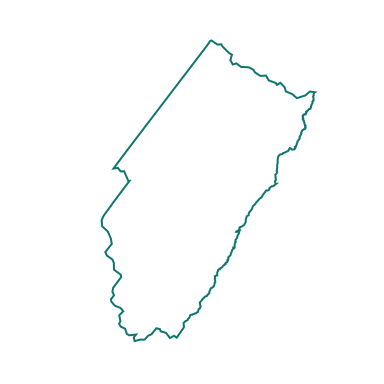 outline of Tehama, California, United States of America, rotated 127°
{"feature_id": "52423323B93817319778568", "entity_name": "Tehama", "entity_type": "district", "adm_level": 2, "iso_a3": "USA", "parent_name": "United States of America", "parent_adm1": "California", "projection": "orthographic", "projection_center": [-122.356, 40.125], "detail": "fine", "context": "isolated", "style": "outline", "palette": "teal", "viewbox_px": 384, "rotation_deg": 127, "n_neighbors": 0, "source": "geoboundaries", "source_scale": "gbopen_adm2", "svg_char_len": 5774}
<svg xmlns="http://www.w3.org/2000/svg" viewBox="0 0 384 384"><g transform="rotate(127 192 192)"><path d="M317.6,116.6L313.1,116.7L304.9,117.0L302.7,119.0L301.6,119.9L298.9,119.5L297.1,118.4L296.2,118.6L295.6,118.8L294.8,118.5L294.1,118.6L293.5,118.7L292.8,118.8L292.4,118.9L291.7,119.2L291.2,119.3L290.8,119.0L290.2,118.5L289.8,118.0L289.4,117.7L289.2,117.8L288.9,117.6L288.7,117.3L288.2,117.0L287.8,116.8L287.5,116.7L287.0,116.5L286.7,116.2L286.7,115.9L286.3,115.7L286.0,115.8L285.5,115.7L285.0,115.5L284.7,115.3L284.2,115.1L283.8,115.2L283.1,115.5L282.4,115.9L281.7,116.2L281.1,116.1L280.8,115.8L280.2,115.7L279.1,116.1L278.7,116.3L278.3,116.2L277.9,116.5L277.6,117.1L277.2,117.5L276.9,118.0L276.4,118.5L276.0,119.0L275.4,119.3L274.9,119.2L273.5,119.0L273.1,119.0L272.6,119.1L271.6,119.1L270.5,119.1L269.6,118.9L268.8,118.7L268.2,118.8L268.0,118.7L267.7,118.7L267.4,118.4L266.9,118.1L266.5,117.7L266.2,117.6L265.8,117.5L265.6,117.7L263.1,117.5L262.8,117.3L262.4,117.3L262.1,117.6L261.2,118.1L260.0,118.3L258.5,118.8L257.0,118.9L256.6,118.4L256.0,118.3L255.4,118.1L254.7,117.8L254.1,118.1L253.7,118.0L253.2,118.2L252.5,118.3L251.9,118.7L251.4,119.0L250.8,119.3L250.1,119.1L249.5,119.5L249.0,120.0L248.1,121.1L247.6,121.4L247.2,121.4L246.8,121.6L246.7,121.8L246.3,122.3L246.1,122.5L245.7,122.9L245.5,122.6L244.9,122.7L244.0,122.4L243.6,122.0L243.4,121.7L243.2,121.9L242.3,122.4L241.7,123.0L241.0,123.5L240.3,123.6L239.6,123.7L239.0,124.0L238.6,124.2L237.8,123.9L237.4,123.6L237.1,123.4L236.9,123.7L236.2,123.4L235.4,123.4L234.9,122.9L234.1,122.7L233.2,122.7L232.6,122.8L232.0,122.6L231.2,122.5L230.8,122.2L230.2,122.4L229.9,122.3L229.6,122.2L229.4,121.9L229.1,122.1L228.8,122.4L228.3,122.5L228.0,122.1L227.1,121.7L226.4,121.7L225.8,122.3L225.0,122.7L224.7,122.2L222.9,123.0L222.8,123.4L222.3,123.7L221.2,123.6L219.5,123.2L218.4,123.6L217.5,124.0L216.3,124.2L214.3,125.0L213.1,124.9L212.2,125.2L212.1,124.9L211.8,124.6L211.6,125.1L211.4,125.5L210.8,124.8L210.4,124.7L210.2,125.0L208.8,125.9L207.7,126.6L206.1,127.2L205.7,127.0L205.2,127.3L205.2,127.8L204.1,128.4L202.4,128.4L201.0,128.6L199.7,129.1L199.1,129.5L197.8,129.4L196.7,129.8L195.5,130.2L195.1,130.7L195.4,131.6L196.3,131.7L197.0,132.3L197.2,132.7L196.6,132.7L194.4,131.7L194.1,130.8L193.5,130.7L193.1,131.9L191.8,132.7L189.6,131.5L187.3,130.6L183.7,131.0L181.2,132.7L178.3,133.6L176.4,132.8L174.5,134.0L171.1,133.9L168.9,134.1L166.7,134.8L164.2,134.3L161.4,134.4L158.9,134.1L156.6,134.0L154.3,133.2L151.9,133.7L148.2,133.6L146.1,133.7L145.3,132.4L143.6,131.7L142.4,132.5L139.9,132.0L138.1,130.4L136.3,130.1L134.8,129.7L135.2,130.2L134.4,131.2L133.7,132.1L131.7,132.3L131.0,133.2L129.7,134.3L128.0,135.9L126.4,135.6L124.6,136.1L124.4,137.0L121.5,138.5L118.9,140.4L117.1,141.0L115.6,142.4L113.7,143.5L111.7,144.5L109.0,144.3L107.4,142.7L105.8,142.6L105.4,142.2L104.9,141.7L104.0,141.3L103.5,141.1L102.6,140.7L101.9,140.0L101.1,139.9L100.7,140.1L99.9,140.0L99.2,140.2L98.5,140.3L98.0,140.3L97.8,139.7L97.9,139.3L97.9,138.3L98.0,137.9L98.0,137.5L97.8,137.3L97.2,136.8L96.7,136.2L95.7,135.9L95.1,135.9L94.5,136.1L94.3,136.5L94.3,136.8L94.1,137.1L93.8,137.0L93.5,136.8L93.4,136.5L93.1,136.4L92.9,136.5L91.0,137.0L90.2,137.5L89.6,137.5L88.9,137.6L88.5,138.0L88.1,138.2L87.6,138.2L87.1,138.1L86.4,138.2L85.2,138.2L84.5,138.2L84.0,138.6L83.5,139.2L82.9,139.2L82.2,139.4L81.6,139.5L81.0,139.5L80.4,139.6L80.1,139.8L79.8,139.9L79.6,139.8L79.1,140.0L78.8,140.5L78.3,140.6L77.7,140.6L77.0,140.9L76.0,141.0L75.6,140.7L74.9,140.6L74.5,140.4L74.4,140.1L74.1,139.9L73.8,140.1L73.3,140.1L73.1,139.8L72.8,139.8L72.5,139.9L72.2,140.2L71.9,140.2L71.8,140.4L71.8,140.6L71.7,140.6L71.4,140.8L71.5,141.0L71.3,141.3L71.1,141.1L70.8,141.2L70.9,141.4L71.0,141.5L70.9,141.9L70.2,142.5L70.0,143.0L69.7,143.2L69.0,144.0L68.3,145.1L68.3,145.3L68.1,145.4L67.9,145.4L67.8,145.6L67.7,145.8L67.7,146.0L67.5,146.3L67.5,146.6L67.4,146.8L67.3,147.1L67.2,147.3L67.0,147.2L66.9,146.9L66.6,147.0L66.3,147.4L66.3,147.9L66.2,148.0L65.9,148.1L65.8,148.4L65.6,148.5L65.3,148.6L65.0,148.6L64.9,148.9L64.8,149.0L64.6,149.1L64.7,149.3L64.5,149.5L64.3,149.5L64.1,149.4L63.8,149.4L63.6,149.3L63.5,149.5L63.3,149.5L63.1,149.4L62.5,149.2L62.6,148.9L62.3,148.7L62.0,148.6L61.8,148.2L61.6,148.0L61.4,148.1L61.1,148.2L60.7,148.2L60.3,148.3L60.1,148.6L59.9,148.6L59.6,148.7L59.6,148.8L59.4,149.1L59.1,149.1L58.9,149.1L58.9,148.9L58.9,148.7L58.6,148.6L58.2,148.8L57.8,148.6L57.3,148.5L56.2,148.5L55.9,148.6L55.5,148.5L55.3,148.4L54.8,147.8L54.5,147.6L54.3,147.5L54.1,147.6L53.9,147.8L53.5,147.9L53.1,147.8L52.9,147.9L52.7,148.1L52.4,148.3L52.3,148.2L52.1,148.3L52.0,148.5L51.6,148.6L51.3,148.7L50.8,148.8L50.6,149.0L50.4,149.1L50.2,149.0L49.7,149.1L47.9,149.5L47.5,150.2L46.4,150.3L45.9,150.0L45.2,150.4L44.8,150.9L44.0,151.2L43.4,152.2L42.7,152.9L41.7,152.8L41.2,153.4L39.4,154.3L38.4,153.9L40.8,158.3L46.7,159.6L53.9,164.7L53.5,170.9L55.2,177.6L52.7,180.9L51.6,187.1L55.4,188.6L54.5,190.7L56.7,197.8L54.5,203.0L58.1,207.2L58.6,213.7L57.4,216.5L58.2,221.6L61.3,226.3L62.6,227.9L62.6,234.0L65.6,236.1L63.7,240.6L58.3,242.8L58.7,245.9L57.5,255.1L56.4,257.4L58.9,260.3L59.3,267.6L60.4,268.4L65.0,268.1L196.8,268.9L220.5,268.8L217.4,265.7L218.5,261.5L216.3,258.7L221.5,249.5L220.7,248.6L249.5,248.6L251.5,248.4L263.9,248.3L268.8,247.3L273.5,243.0L274.2,235.5L277.9,228.9L281.8,224.8L292.1,225.1L294.0,221.7L293.8,215.0L295.6,211.8L301.0,207.5L300.9,199.1L302.5,197.4L316.1,197.3L319.6,195.5L321.4,192.1L326.4,192.2L328.1,190.4L329.2,185.2L327.6,179.1L328.6,175.1L334.3,175.9L338.3,171.4L341.2,170.9L342.4,167.8L341.4,163.1L344.6,158.7L344.3,156.0L339.5,150.9L343.1,151.0L345.6,148.1L340.9,144.4L338.5,141.0L333.1,140.5L330.0,138.7L322.3,138.5L320.8,135.0L322.1,133.2L320.1,128.0L321.9,121.7L317.6,119.8L317.6,116.6Z" fill="none" stroke="#0f766e" stroke-width="2"/></g></svg>